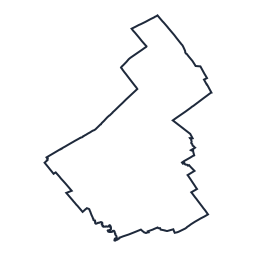 Tatarastii De Jos, Teleorman, Romania (Equal Earth projection)
{"feature_id": "2599482B17440364011234", "entity_name": "Tatarastii De Jos", "entity_type": "district", "adm_level": 2, "iso_a3": "ROU", "parent_name": "Romania", "parent_adm1": "Teleorman", "projection": "equal_earth", "projection_center": [25.181, 44.381], "detail": "fine", "context": "isolated", "style": "outline", "palette": "slate", "viewbox_px": 256, "rotation_deg": 0, "n_neighbors": 0, "source": "geoboundaries", "source_scale": "gbopen_adm2", "svg_char_len": 5551}
<svg xmlns="http://www.w3.org/2000/svg" viewBox="0 0 256 256"><path d="M208.0,214.4L205.1,210.3L203.3,208.1L202.0,206.3L200.9,204.9L199.4,202.9L197.2,200.0L196.5,199.0L195.1,197.3L192.1,193.3L191.3,192.3L197.0,189.0L196.2,187.9L193.8,184.2L192.9,182.9L190.2,178.8L188.9,176.9L188.3,176.0L187.6,175.1L194.5,170.9L190.4,166.7L189.1,165.2L188.8,165.4L188.3,165.6L188.2,165.3L187.9,165.3L187.9,165.1L187.6,164.9L186.6,164.7L185.5,164.6L185.1,164.4L184.7,164.0L184.6,163.9L184.5,163.7L184.6,163.4L184.3,162.9L182.9,163.7L182.0,162.5L183.5,161.5L183.9,161.2L190.4,157.5L192.8,156.0L193.2,155.8L193.8,155.6L194.2,155.4L193.3,152.1L193.1,151.0L193.1,150.5L192.0,150.6L191.4,150.5L190.9,150.2L194.5,148.1L195.0,147.7L194.7,147.5L194.3,146.9L194.1,146.7L193.7,146.3L192.6,145.6L192.4,144.8L192.3,144.3L192.3,144.2L192.0,143.9L191.6,143.6L191.3,143.2L191.2,142.9L191.3,142.5L191.6,141.9L191.6,141.7L191.6,141.4L191.5,141.0L191.2,140.3L191.2,140.1L191.4,139.6L191.4,139.4L190.9,138.9L190.6,138.6L190.0,138.3L189.9,138.1L192.5,138.1L190.5,134.4L190.2,133.8L190.0,133.7L172.8,120.4L173.8,119.7L174.0,119.5L174.2,119.4L176.3,117.9L185.6,111.5L190.8,107.7L191.8,106.8L192.1,106.7L192.3,106.5L193.2,106.0L203.8,98.0L207.2,95.5L209.3,93.9L211.0,92.7L211.4,92.6L210.1,90.2L207.8,85.9L206.9,84.4L206.7,84.5L204.0,79.6L207.0,78.1L205.5,75.5L204.5,73.9L200.4,66.4L195.6,66.0L194.2,63.7L192.4,60.9L188.8,56.6L186.7,53.9L186.1,53.7L185.3,52.6L185.2,52.0L185.2,51.4L185.0,50.7L184.3,49.1L183.1,46.5L182.3,45.1L181.5,44.3L176.5,38.0L174.3,35.1L167.7,27.3L167.7,27.2L164.6,23.6L163.2,22.0L162.9,21.8L161.7,20.4L160.0,18.4L158.4,16.5L157.5,15.4L157.1,15.7L156.3,16.2L155.3,16.6L153.7,17.6L151.8,18.5L150.4,19.2L145.4,21.9L140.7,24.2L138.8,25.0L135.6,26.7L131.6,28.7L133.3,30.9L134.9,32.6L139.0,37.5L141.7,40.9L145.2,44.9L146.5,46.3L146.4,46.6L146.3,46.8L145.9,47.1L144.5,48.0L142.0,49.8L139.8,51.3L130.5,57.7L129.5,58.5L128.6,59.3L126.5,61.8L123.1,65.3L121.8,66.5L121.7,66.7L121.2,67.2L121.0,67.6L122.0,68.8L122.6,69.8L123.0,70.3L124.1,71.8L126.1,74.3L127.0,75.5L131.6,81.5L133.7,84.2L135.5,86.5L136.2,87.3L137.3,89.0L125.9,99.6L122.4,103.1L119.6,105.7L114.9,110.3L112.7,112.3L112.6,112.6L112.4,112.7L111.4,113.8L111.2,113.9L109.7,115.4L109.5,115.5L109.3,115.5L107.3,117.3L104.6,120.2L104.5,120.4L101.7,123.1L101.6,123.3L101.2,123.8L101.1,124.1L101.0,124.3L100.5,124.4L96.0,128.8L95.4,129.4L94.4,130.0L93.9,130.3L92.9,130.6L92.6,130.8L91.5,131.4L91.4,131.5L90.2,132.3L88.0,133.5L85.6,135.0L84.9,135.3L83.9,136.0L83.3,136.1L82.9,136.6L82.8,136.8L82.5,137.0L81.7,137.4L81.2,137.4L80.9,137.5L80.2,138.0L79.9,138.0L79.0,138.6L74.8,140.9L73.3,141.8L71.7,142.7L66.7,145.6L65.4,146.4L63.9,147.2L62.3,148.1L62.3,148.3L62.2,148.4L60.8,149.2L60.7,149.0L58.5,150.3L46.5,157.4L46.9,158.0L47.6,157.7L47.8,158.3L47.8,158.8L47.6,159.2L47.5,159.8L47.1,160.1L47.3,160.3L44.6,162.7L48.7,167.7L49.7,169.0L53.6,173.8L55.0,172.8L55.7,172.4L59.6,176.8L60.2,177.6L61.1,178.7L65.2,183.2L71.7,190.8L66.3,192.9L73.0,200.7L73.5,201.4L74.3,202.2L76.6,205.0L77.2,205.5L82.6,211.9L84.3,210.4L84.5,210.2L85.1,209.6L86.8,208.3L86.9,208.2L87.1,208.3L88.8,208.9L89.0,209.0L89.3,209.3L89.5,209.8L89.8,210.7L90.3,211.7L91.0,213.7L91.3,214.4L91.5,215.1L91.7,215.3L92.1,216.3L92.6,217.3L92.8,218.1L92.9,218.3L93.3,218.6L93.3,219.0L93.3,219.4L93.4,219.9L93.6,220.0L93.9,220.2L94.1,220.4L95.0,220.5L95.2,221.2L95.0,221.4L95.0,221.5L95.2,221.9L95.2,222.1L95.1,222.5L95.3,222.8L95.2,223.1L95.4,223.4L95.8,223.7L96.6,223.6L97.3,223.2L97.6,223.1L97.8,222.9L98.4,222.9L98.6,222.7L99.3,222.6L99.5,222.7L99.8,222.6L100.1,222.3L100.6,222.1L101.0,222.2L101.2,222.3L101.6,222.2L102.0,222.5L102.3,222.9L102.4,223.1L102.0,223.6L102.1,224.1L101.8,224.6L102.2,225.0L102.5,225.2L102.6,225.4L102.6,225.7L102.6,225.8L103.0,225.8L103.0,226.0L102.8,226.2L102.8,226.4L103.2,226.6L103.5,226.6L103.8,226.8L104.3,226.7L104.5,226.6L104.9,226.5L105.3,226.7L105.8,226.5L106.1,226.3L106.8,226.5L107.0,226.7L107.3,226.7L108.2,226.4L108.7,226.0L108.8,226.1L108.9,226.3L109.0,226.4L109.5,225.7L109.6,225.2L109.8,225.2L110.0,225.5L110.6,226.2L110.6,226.6L110.5,226.8L110.5,227.0L110.9,227.2L110.9,227.3L111.0,228.0L111.0,228.3L111.0,228.5L110.9,229.1L110.9,229.4L110.7,229.7L110.5,229.9L110.2,229.9L109.6,229.8L109.4,230.0L109.2,230.1L109.4,230.5L108.9,230.3L108.7,230.3L108.3,230.4L107.8,230.4L107.7,230.5L107.9,231.0L108.3,231.2L108.3,231.6L109.0,231.9L109.6,232.0L110.0,231.9L110.4,232.0L111.1,232.0L111.5,231.9L112.1,231.8L112.7,231.4L112.8,231.2L112.8,230.9L113.0,230.8L113.8,230.8L113.9,231.0L114.3,231.1L114.6,231.6L114.6,232.1L114.6,232.3L114.7,232.5L115.0,233.1L115.0,233.5L115.3,233.6L115.4,233.9L115.3,234.2L115.3,234.6L115.6,235.1L115.9,235.4L116.3,235.9L116.4,236.1L116.5,236.7L116.7,237.4L116.7,237.6L116.1,238.1L115.8,238.2L115.1,238.5L114.8,238.8L114.4,240.2L114.4,240.3L114.5,240.5L115.0,240.6L115.3,240.6L115.8,240.3L116.3,239.9L116.9,239.7L117.3,239.7L117.9,239.3L118.3,238.7L119.2,238.5L119.4,238.3L119.5,238.1L119.5,237.6L119.9,237.5L120.6,237.3L123.2,236.3L128.7,234.5L135.0,232.0L138.2,230.7L140.9,229.6L142.3,230.9L143.6,231.9L144.2,232.4L144.3,232.4L144.5,232.4L145.3,232.8L146.0,233.0L147.3,232.5L148.5,232.3L148.3,232.0L147.9,231.3L153.0,229.5L153.5,229.2L157.6,227.5L158.3,228.2L160.1,228.2L160.6,229.6L164.7,230.4L164.7,230.5L166.8,231.0L167.3,231.0L173.3,229.3L174.0,231.2L174.7,232.8L177.1,232.3L178.5,231.8L181.4,230.4L185.3,228.5L186.7,227.5L187.0,227.1L187.2,226.9L188.8,225.9L190.9,224.3L195.0,221.7L196.4,220.9L198.5,219.7L200.7,218.4L204.6,216.4L208.0,214.4Z" fill="none" stroke="#1e293b" stroke-width="2"/></svg>